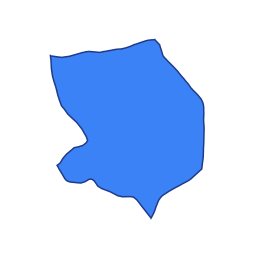 Sibah, Abyan, Yemen, rotated 342°
{"feature_id": "15242507B86075085818798", "entity_name": "Sibah", "entity_type": "district", "adm_level": 2, "iso_a3": "YEM", "parent_name": "Yemen", "parent_adm1": "Abyan", "projection": "natural_earth1", "projection_center": [45.411, 13.815], "detail": "fine", "context": "isolated", "style": "filled", "palette": "blue", "viewbox_px": 256, "rotation_deg": 342, "n_neighbors": 0, "source": "geoboundaries", "source_scale": "gbopen_adm2", "svg_char_len": 2521}
<svg xmlns="http://www.w3.org/2000/svg" viewBox="0 0 256 256"><g transform="rotate(342 128 128)"><path d="M114.5,43.1L110.8,42.4L109.0,42.4L108.4,42.2L94.5,41.7L87.0,40.4L82.7,38.5L80.0,37.1L77.1,35.7L76.6,35.2L76.2,36.9L75.9,38.9L73.5,47.9L72.4,54.3L72.2,56.5L72.0,60.8L72.0,67.1L71.5,73.7L71.4,75.2L71.4,80.1L71.6,86.3L73.3,90.5L75.1,96.3L77.8,101.2L81.0,106.9L83.9,114.9L85.7,123.6L85.7,127.5L83.5,129.2L79.8,130.6L75.2,130.6L70.7,130.1L66.6,131.8L64.9,132.5L61.4,133.9L56.7,136.8L52.4,140.5L49.0,141.6L49.5,143.7L49.8,145.9L50.4,148.1L50.8,150.2L51.4,152.5L51.8,154.6L52.3,156.8L53.1,158.7L54.5,160.2L56.0,161.3L57.7,162.1L59.9,163.1L61.8,163.9L63.5,164.7L65.6,165.5L65.9,165.7L67.5,165.8L69.6,165.8L70.5,165.8L72.4,165.4L74.8,164.8L76.8,165.1L78.1,165.8L79.7,168.2L80.7,171.6L81.3,174.0L82.9,175.7L84.1,177.3L91.4,183.2L93.7,185.5L97.4,189.3L101.5,191.7L106.8,193.3L110.2,194.4L112.4,196.1L114.4,199.5L117.6,208.6L118.4,210.7L122.1,220.8L122.1,220.7L122.1,220.8L122.8,220.2L124.4,218.6L125.9,217.1L127.7,215.1L129.0,213.4L130.1,211.8L131.4,210.3L133.2,208.1L134.6,206.4L136.3,205.1L137.8,204.0L139.7,203.0L141.6,202.4L143.6,201.9L145.6,201.4L147.5,200.8L149.3,200.5L151.4,200.0L153.5,199.6L155.4,199.2L157.6,198.9L159.6,198.5L161.4,198.1L163.7,197.7L165.6,197.4L167.7,197.0L169.7,196.6L170.9,196.2L172.0,195.9L185.4,189.8L186.4,187.8L187.3,185.8L188.2,183.8L189.2,181.8L190.2,179.7L191.1,177.4L191.8,175.4L192.7,173.0L193.4,170.8L194.2,168.9L195.2,166.2L196.1,163.7L196.9,161.6L197.6,159.4L198.5,156.9L199.2,154.9L199.9,152.9L200.6,150.7L201.2,148.3L201.8,145.7L202.4,143.7L203.2,141.4L204.5,138.0L205.1,135.8L205.7,133.9L206.4,131.7L206.8,129.6L207.0,127.2L206.8,125.1L206.5,122.9L205.6,120.8L204.8,118.7L203.9,116.8L203.0,114.9L201.9,112.9L201.0,110.9L200.1,109.0L199.5,106.7L198.8,104.6L197.9,102.4L197.1,100.6L196.9,99.9L196.4,98.6L195.4,96.3L194.4,93.9L193.6,91.9L192.9,89.7L191.9,87.5L191.7,87.2L191.0,85.6L190.1,83.7L188.9,81.4L187.7,79.0L186.4,76.5L185.6,74.7L184.5,72.4L183.6,70.2L183.6,68.1L183.7,65.7L183.7,63.5L183.7,60.9L183.7,60.5L183.8,58.7L181.8,54.4L181.0,52.9L180.9,52.1L180.7,52.1L179.9,52.1L177.8,51.5L176.0,51.1L173.8,50.7L171.6,50.6L169.5,50.6L167.5,50.6L165.5,50.6L163.5,50.7L161.4,50.7L159.3,50.6L157.5,50.9L154.9,51.1L152.4,51.1L150.1,51.1L148.0,50.9L145.7,50.7L143.5,50.1L141.5,49.6L141.3,49.6L139.1,49.2L137.1,49.0L135.7,48.8L135.1,48.8L133.0,48.4L131.1,48.3L128.8,47.8L126.7,47.6L125.5,47.5L124.8,47.5L114.5,43.1L114.5,43.1Z" fill="#3b82f6" stroke="#1e3a8a" stroke-width="1.5"/></g></svg>